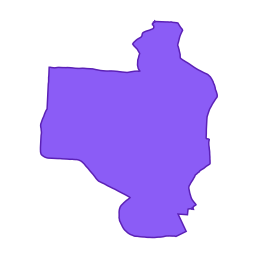 S'ang, Kândal, Cambodia, rotated 183°
{"feature_id": "14789045B53905428212695", "entity_name": "S'ang", "entity_type": "district", "adm_level": 2, "iso_a3": "KHM", "parent_name": "Cambodia", "parent_adm1": "Kândal", "projection": "albers", "projection_center": [105.024, 11.319], "detail": "fine", "context": "isolated", "style": "filled", "palette": "violet", "viewbox_px": 256, "rotation_deg": 183, "n_neighbors": 0, "source": "geoboundaries", "source_scale": "gbopen_adm2", "svg_char_len": 4732}
<svg xmlns="http://www.w3.org/2000/svg" viewBox="0 0 256 256"><g transform="rotate(183 128 128)"><path d="M46.3,120.8L46.9,121.2L47.9,121.3L48.9,121.4L49.3,121.8L49.5,122.6L49.5,123.8L49.5,126.3L49.7,131.0L49.7,136.0L49.7,137.5L49.7,140.5L49.6,143.4L48.8,146.5L47.9,149.7L47.4,151.3L46.8,152.5L45.9,154.3L45.0,156.3L42.5,160.7L41.6,162.2L40.8,163.3L40.6,164.0L40.6,165.2L40.8,166.3L41.1,167.2L41.4,168.0L41.7,168.9L42.1,169.8L42.7,171.0L43.1,172.9L43.7,174.7L44.2,176.0L44.6,176.6L44.8,177.0L45.1,177.6L45.4,178.6L46.5,180.5L47.4,181.9L48.6,183.5L49.6,184.3L50.6,185.2L51.7,185.9L53.3,186.5L54.4,186.9L56.2,187.7L58.8,188.9L60.9,189.8L63.2,191.0L65.0,192.0L66.8,193.1L68.9,194.4L70.7,195.5L72.3,196.4L73.9,197.2L75.3,198.0L76.8,198.8L78.4,199.8L79.3,200.5L79.6,201.6L79.8,204.2L80.4,206.3L80.8,207.5L81.0,208.4L81.1,208.9L81.5,209.9L82.0,211.6L82.7,213.1L82.6,214.5L82.1,216.6L81.7,218.7L81.3,220.9L80.8,222.9L80.2,224.6L79.4,226.6L78.9,227.7L78.6,228.4L79.1,229.5L80.6,231.1L82.0,233.0L83.1,234.6L83.6,235.4L84.0,235.5L85.2,235.7L85.8,235.7L87.0,235.8L87.5,235.8L88.0,235.8L89.1,235.9L90.0,236.1L90.6,236.2L91.9,235.9L93.7,236.0L96.1,235.9L106.1,235.8L106.8,236.2L106.7,235.2L107.1,235.0L107.6,235.3L108.0,235.3L108.3,234.8L108.4,233.8L109.0,233.5L109.0,232.4L108.0,231.8L107.6,230.9L107.5,229.8L107.7,229.1L108.5,228.3L110.1,227.6L111.8,226.8L113.2,226.3L114.9,225.7L116.1,225.1L117.1,224.6L118.1,223.9L118.6,222.9L118.8,222.1L118.8,221.2L119.3,220.0L120.2,219.1L121.7,218.2L123.2,217.2L124.6,216.0L126.0,214.5L126.9,213.6L127.7,212.1L127.2,211.4L126.2,210.2L125.3,209.4L122.9,207.2L121.5,205.0L120.5,203.5L120.2,203.0L120.9,200.5L121.2,198.7L121.8,196.4L121.8,193.6L121.8,191.4L121.0,188.3L120.1,186.7L119.2,185.6L120.0,185.2L121.6,185.3L122.8,185.2L124.6,185.0L126.5,184.6L128.0,184.3L129.9,183.8L131.8,183.4L134.1,183.5L136.6,183.6L139.7,183.8L141.7,184.0L145.2,184.1L147.2,184.1L149.3,184.0L151.8,183.8L154.0,183.8L156.7,183.9L158.6,184.0L160.5,184.3L162.9,184.6L164.7,184.9L166.3,185.2L168.2,185.2L169.4,185.2L170.6,185.2L172.6,185.2L174.3,185.3L176.5,185.3L179.2,185.0L181.4,184.9L184.0,184.9L186.4,185.1L189.2,185.2L191.1,185.2L191.9,185.2L193.1,185.0L194.4,185.0L196.2,184.9L198.0,184.9L199.2,184.9L200.6,184.9L201.9,184.7L203.3,184.4L204.6,184.2L206.2,184.3L207.6,184.4L208.7,184.6L209.9,184.5L209.8,177.7L209.8,176.0L209.9,174.4L209.8,172.3L209.7,170.0L209.9,167.8L209.8,142.8L210.7,141.2L211.2,140.0L212.0,137.8L212.8,135.0L213.6,133.1L214.3,130.9L214.9,128.7L215.3,127.5L215.4,126.1L215.2,124.5L214.8,123.0L214.6,121.5L214.2,119.3L214.2,117.9L214.4,115.9L214.4,113.9L214.4,110.7L214.4,107.6L214.4,104.2L214.3,102.0L214.2,101.0L214.1,99.6L213.5,97.5L212.8,96.6L211.4,95.6L209.8,94.7L208.6,94.3L207.5,94.0L206.3,93.8L204.7,93.8L203.2,93.8L199.7,93.8L196.8,93.8L194.2,93.9L192.0,93.8L189.0,93.8L186.9,93.8L184.5,93.7L183.0,93.8L181.6,93.9L180.2,93.7L179.4,93.8L178.6,93.7L177.6,93.8L175.7,93.5L173.5,92.7L172.0,91.7L169.9,89.9L168.1,87.8L165.7,85.5L164.0,83.5L162.1,81.5L160.4,79.8L159.4,78.6L158.7,77.8L157.2,75.9L155.7,74.4L154.5,73.4L151.1,71.9L148.7,71.0L145.4,69.3L143.0,68.3L140.3,67.1L137.7,66.1L135.5,65.0L133.6,64.1L131.8,63.3L130.5,62.7L128.2,61.7L126.1,60.7L124.1,59.7L122.8,59.0L122.3,58.6L122.8,58.0L123.4,57.5L124.3,56.7L125.5,55.8L126.9,54.5L127.6,53.7L128.2,53.2L128.6,52.7L129.3,51.9L130.6,50.5L131.5,49.1L132.1,47.3L132.4,45.7L132.5,43.7L132.3,41.2L132.2,39.2L132.2,37.8L131.8,36.5L131.7,35.5L131.3,34.5L130.7,33.5L129.9,31.9L129.1,30.6L128.4,29.2L127.0,27.1L125.9,25.9L124.3,24.6L122.9,23.4L120.9,22.2L119.5,21.6L117.8,21.1L116.1,20.4L115.1,20.3L114.2,20.3L112.7,20.3L110.7,20.1L108.6,20.0L105.7,20.0L103.3,19.8L100.7,19.9L98.4,19.9L96.0,20.0L94.6,20.2L93.0,20.5L92.0,20.6L91.3,20.7L90.5,20.7L89.1,20.9L87.1,21.3L84.4,22.1L80.6,22.4L77.7,22.4L76.4,22.5L75.8,22.5L75.0,22.3L74.3,22.3L64.5,27.8L73.0,43.7L73.5,44.7L64.1,44.5L63.8,50.1L63.4,50.3L62.8,50.5L62.4,50.4L62.0,50.6L61.4,50.7L60.9,50.4L60.3,50.3L60.0,50.6L59.8,51.5L59.4,51.4L59.2,51.0L59.3,50.5L59.0,50.2L58.4,50.2L58.8,51.1L58.9,52.1L58.5,52.9L57.8,53.6L56.8,54.3L56.2,54.7L56.1,55.1L57.1,56.2L58.6,57.8L60.0,59.5L60.9,60.9L61.6,62.5L62.1,64.0L62.5,65.0L63.1,66.9L63.5,68.7L63.9,70.1L64.2,71.3L64.1,72.4L63.9,73.4L63.1,74.9L62.6,76.1L62.0,77.2L61.5,78.1L61.1,78.7L60.6,79.6L60.1,80.6L59.7,81.5L59.0,82.7L58.7,83.6L58.3,84.7L57.6,85.3L57.0,85.7L56.6,86.3L55.7,87.1L55.3,87.5L54.7,87.8L54.1,88.9L53.0,89.8L51.7,90.7L50.3,91.6L49.2,92.6L47.8,93.9L46.5,94.8L45.4,95.6L44.6,96.2L44.3,96.6L44.2,97.2L44.3,98.4L44.4,99.9L44.6,101.3L44.7,103.3L44.9,104.9L45.1,106.7L45.2,108.3L45.4,109.7L45.7,111.2L45.9,112.7L46.2,114.2L46.4,115.3L46.5,116.8L46.6,117.6L46.5,119.1L46.3,120.2L46.3,120.8Z" fill="#8b5cf6" stroke="#5b21b6" stroke-width="1.5"/></g></svg>